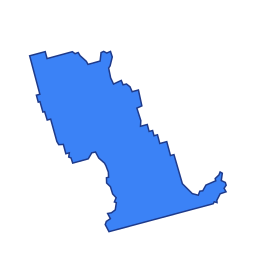 the district of Bannock, Idaho, United States of America, rotated 165°
{"feature_id": "52423323B14195379184896", "entity_name": "Bannock", "entity_type": "district", "adm_level": 2, "iso_a3": "USA", "parent_name": "United States of America", "parent_adm1": "Idaho", "projection": "orthographic", "projection_center": [-112.285, 42.639], "detail": "fine", "context": "isolated", "style": "filled", "palette": "blue", "viewbox_px": 256, "rotation_deg": 165, "n_neighbors": 0, "source": "geoboundaries", "source_scale": "gbopen_adm2", "svg_char_len": 1281}
<svg xmlns="http://www.w3.org/2000/svg" viewBox="0 0 256 256"><g transform="rotate(165 128 128)"><path d="M48.1,50.2L51.5,53.1L48.6,59.9L50.4,61.7L52.3,59.1L56.9,56.6L56.9,54.3L67.5,52.7L72.0,48.0L75.0,48.4L77.5,44.9L82.9,48.0L89.9,60.1L90.5,90.4L94.1,90.4L94.1,104.8L101.3,104.8L101.3,113.8L104.9,113.8L104.9,119.2L108.5,119.2L108.5,126.4L115.5,126.4L113.7,131.8L114.3,144.9L108.9,145.8L108.1,162.0L114.6,162.0L115.4,167.3L118.1,170.9L121.6,171.0L122.2,175.7L130.6,174.2L131.8,180.9L131.2,190.9L129.2,192.7L124.8,200.7L125.1,206.5L129.1,205.9L131.7,208.3L134.5,207.8L137.6,199.9L150.2,199.8L151.0,203.2L155.6,210.3L156.6,213.8L159.9,213.5L162.0,216.1L188.2,216.0L188.2,223.2L204.3,223.2L204.4,183.4L208.0,183.4L208.0,176.2L206.2,176.2L206.1,165.4L204.3,165.4L204.0,156.6L200.4,156.6L200.2,133.4L199.2,129.8L194.7,128.9L194.7,119.2L191.1,119.2L192.8,115.3L190.8,113.8L190.5,108.4L174.4,108.5L169.4,113.4L165.6,113.2L164.0,106.5L159.8,100.2L159.1,97.3L158.4,90.5L159.5,85.5L161.7,85.5L162.9,80.4L160.2,75.9L159.9,68.3L157.5,63.7L160.3,60.1L158.6,58.9L161.5,52.2L166.0,50.4L169.8,50.7L168.5,45.0L173.1,43.4L175.0,40.6L173.2,32.8L65.3,32.8L63.8,34.4L61.3,32.9L60.9,35.2L56.0,40.6L49.8,41.0L50.8,44.9L48.0,47.3L48.1,50.2Z" fill="#3b82f6" stroke="#1e3a8a" stroke-width="1.5"/></g></svg>